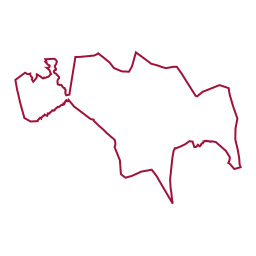 San Pedro y San Pablo Teposcolula, Oaxaca, Mexico (Equal Earth projection)
{"feature_id": "50627088B89995688353205", "entity_name": "San Pedro y San Pablo Teposcolula", "entity_type": "district", "adm_level": 2, "iso_a3": "MEX", "parent_name": "Mexico", "parent_adm1": "Oaxaca", "projection": "equal_earth", "projection_center": [-97.55, 17.493], "detail": "fine", "context": "isolated", "style": "outline", "palette": "rose", "viewbox_px": 256, "rotation_deg": 0, "n_neighbors": 0, "source": "geoboundaries", "source_scale": "gbopen_adm2", "svg_char_len": 4452}
<svg xmlns="http://www.w3.org/2000/svg" viewBox="0 0 256 256"><path d="M228.6,88.1L219.5,85.1L212.3,88.0L202.7,91.8L199.1,94.7L197.2,96.3L195.6,95.8L187.6,83.1L181.5,73.4L176.8,66.8L173.2,66.8L167.4,67.9L166.0,68.2L161.7,67.0L158.5,65.7L157.7,65.5L155.6,64.9L151.3,63.8L143.2,57.7L135.9,52.4L132.0,66.4L129.0,71.7L124.6,71.5L121.9,71.4L117.6,69.6L113.9,68.0L113.2,67.1L109.4,62.3L103.6,57.6L99.1,54.1L98.2,53.3L97.0,54.2L94.4,55.5L88.5,56.1L79.9,56.9L75.4,57.0L70.0,90.5L69.4,94.6L66.2,95.3L65.9,94.8L65.7,94.3L65.6,93.9L65.5,93.4L65.4,93.1L65.3,92.7L65.3,92.1L65.3,91.7L65.5,91.6L65.6,91.0L65.7,90.5L65.7,90.1L65.5,89.6L65.1,89.3L64.9,89.1L64.7,88.9L64.6,88.3L64.5,88.0L64.0,88.0L63.0,87.4L62.6,86.9L62.3,86.6L62.3,86.1L62.1,85.8L61.8,85.4L61.3,85.0L60.9,84.9L60.4,85.1L59.5,85.0L59.1,84.7L58.7,84.6L57.8,84.4L57.7,84.0L57.5,83.0L57.6,82.6L57.6,82.3L57.5,82.0L57.5,81.4L57.5,80.6L57.6,80.3L57.8,79.8L58.0,79.5L58.4,78.9L58.8,78.6L59.1,78.2L59.1,77.5L59.0,77.2L58.8,76.7L58.5,76.5L57.8,75.7L57.7,75.5L57.0,74.9L56.1,73.7L55.4,73.4L54.8,73.2L54.6,72.9L54.4,72.9L53.9,72.0L53.8,71.3L54.1,70.8L54.4,70.4L54.8,70.0L55.1,69.9L55.5,70.0L56.0,69.5L56.0,69.2L55.5,67.9L55.0,67.3L54.9,67.1L54.8,66.6L54.8,66.1L55.0,65.5L55.5,65.1L55.7,64.7L56.3,63.6L56.5,62.9L56.6,62.4L56.8,61.9L56.8,61.5L56.6,60.9L56.5,60.6L54.9,59.1L54.7,58.9L52.9,58.8L46.4,59.2L45.3,59.2L45.6,59.8L45.9,60.3L46.2,60.8L46.4,61.5L45.3,61.7L45.7,62.3L46.4,63.0L47.1,63.8L47.4,64.3L47.9,64.6L49.2,65.2L49.7,65.6L49.6,66.6L48.9,67.4L48.4,67.7L47.5,67.8L46.8,67.8L47.4,68.3L48.2,69.0L48.9,69.7L49.5,70.2L49.8,70.9L50.1,71.9L50.4,72.8L50.8,73.5L51.1,74.0L50.6,74.2L50.1,74.9L49.6,75.5L49.0,76.2L48.2,76.8L47.3,76.9L46.6,77.3L45.8,77.7L44.6,77.8L44.1,77.6L43.7,78.3L42.9,78.4L42.0,77.7L40.5,76.6L39.9,76.1L39.0,75.7L38.1,75.0L37.3,74.5L36.8,74.3L36.7,77.4L35.6,78.9L34.5,80.3L33.2,81.7L32.4,80.2L31.8,79.2L32.3,78.3L32.0,77.3L31.3,76.6L30.8,76.1L30.2,74.3L30.2,73.6L29.5,73.9L28.4,74.1L27.3,73.9L26.6,73.7L26.1,73.3L25.6,73.0L25.1,72.7L19.7,76.7L15.4,79.9L15.6,81.3L16.2,84.5L17.1,89.6L18.5,95.3L19.6,100.3L20.2,102.8L21.5,107.7L23.0,113.0L23.7,115.4L24.4,118.0L30.6,121.5L37.7,121.1L37.9,120.4L37.9,120.2L38.1,119.8L38.6,119.4L39.1,119.1L39.2,118.8L39.5,118.4L39.9,117.9L40.1,117.7L41.2,118.6L41.3,118.1L41.7,117.4L42.3,116.7L42.8,116.3L43.3,115.7L43.5,115.7L43.8,115.7L44.0,115.7L44.4,115.2L44.7,114.6L45.5,115.0L46.4,115.5L47.2,115.8L47.4,115.1L47.7,114.2L47.8,113.4L48.2,113.4L48.8,113.7L49.6,113.4L49.7,112.9L50.5,112.1L51.1,111.8L51.6,111.4L51.8,110.7L52.4,110.3L53.0,110.4L53.5,110.6L53.9,110.7L54.5,110.4L54.5,109.8L54.8,109.4L55.1,109.4L55.4,109.2L55.8,108.7L56.4,108.1L56.5,107.7L57.0,107.6L57.4,107.5L57.6,107.0L57.9,106.8L58.6,106.9L59.0,107.0L59.8,106.3L60.7,105.5L61.2,105.1L61.8,105.0L62.7,105.0L63.2,103.8L63.6,104.4L64.1,104.4L64.5,103.5L65.2,101.7L65.5,100.9L66.3,100.2L67.2,101.3L67.9,101.3L68.5,99.8L73.0,105.2L73.9,106.4L78.6,109.9L81.1,111.8L82.6,112.9L85.7,115.3L88.8,117.7L91.0,119.2L93.7,119.7L93.8,120.8L97.0,123.9L99.1,125.9L103.4,129.7L106.8,133.1L111.9,137.5L113.4,138.7L114.8,140.1L115.5,143.9L114.6,147.1L114.8,147.6L119.9,160.4L120.2,164.3L120.9,174.1L122.2,175.2L123.1,175.9L125.4,177.7L129.0,176.7L131.0,176.2L131.9,175.9L136.0,174.0L138.6,172.9L141.2,171.6L147.0,170.6L149.7,170.1L151.7,169.7L152.4,170.6L156.7,176.2L159.3,180.8L165.4,191.2L167.9,195.5L172.7,203.6L171.8,197.5L171.4,193.1L170.6,187.9L170.1,179.3L172.3,158.4L173.6,150.8L175.0,148.1L175.5,148.1L175.7,148.4L180.9,146.3L185.1,144.3L189.4,141.2L192.6,141.6L194.3,147.1L196.2,146.9L197.8,144.8L199.7,146.4L199.8,146.4L200.1,146.0L200.4,145.7L200.5,145.4L200.8,145.3L200.9,145.2L200.9,144.9L200.9,144.7L201.1,144.4L201.2,144.1L201.4,144.0L201.8,143.8L202.0,143.5L202.0,143.3L202.3,143.2L202.8,143.2L202.9,142.9L203.0,142.7L203.3,142.1L203.5,142.0L203.7,141.6L203.6,141.4L203.9,141.3L204.1,141.2L204.4,141.3L204.6,141.0L204.8,140.9L205.6,141.2L205.9,141.0L206.1,141.0L206.2,140.9L206.4,141.0L206.7,141.1L207.0,141.0L207.1,140.9L207.5,141.2L207.8,141.3L208.1,141.2L208.3,141.3L208.5,141.3L208.8,141.3L209.0,141.2L209.3,141.4L209.5,141.4L209.8,141.3L210.0,141.4L210.0,141.5L210.5,141.8L210.9,141.8L211.2,141.7L211.3,141.5L211.9,141.3L212.0,141.3L215.9,142.1L225.9,150.9L229.9,157.4L229.5,160.2L228.3,162.9L229.5,163.5L234.3,169.0L240.6,167.2L239.6,164.3L239.2,158.2L237.8,150.0L235.3,139.5L235.5,128.5L237.4,118.6L233.2,106.6L229.8,95.1L228.6,88.1Z" fill="none" stroke="#9f1239" stroke-width="2"/></svg>